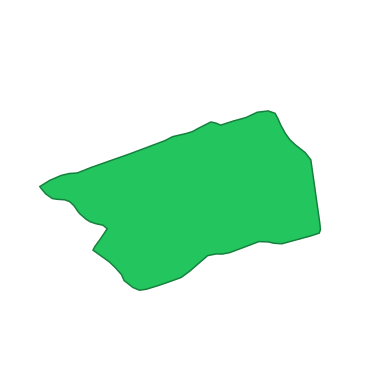 Bayi-Brikolo, Haut-Ogooué, Gabon (Mercator projection), rotated 215°
{"feature_id": "22940354B11019670045233", "entity_name": "Bayi-Brikolo", "entity_type": "district", "adm_level": 2, "iso_a3": "GAB", "parent_name": "Gabon", "parent_adm1": "Haut-Ogooué", "projection": "mercator", "projection_center": [14.109, -0.581], "detail": "fine", "context": "isolated", "style": "filled", "palette": "green", "viewbox_px": 384, "rotation_deg": 215, "n_neighbors": 0, "source": "geoboundaries", "source_scale": "gbopen_adm2", "svg_char_len": 983}
<svg xmlns="http://www.w3.org/2000/svg" viewBox="0 0 384 384"><g transform="rotate(215 192 192)"><path d="M319.8,109.2L317.5,108.3L310.5,106.5L302.7,106.5L298.2,108.7L291.8,112.6L286.8,113.9L280.8,113.1L274.5,110.7L271.2,109.8L263.0,108.9L258.4,109.2L252.5,110.9L246.0,113.7L240.4,113.3L240.1,101.5L240.3,91.7L239.8,87.6L219.3,87.3L211.2,86.0L202.4,83.9L196.8,80.5L185.6,79.9L178.7,81.4L173.7,86.1L166.1,95.8L157.3,108.0L151.8,115.9L148.5,125.7L146.2,134.9L142.7,148.8L136.8,155.0L131.5,158.6L126.3,164.0L108.7,189.8L100.8,194.9L95.5,197.0L88.7,201.1L69.1,224.7L64.2,231.3L65.2,234.9L69.9,240.3L113.1,286.5L121.9,289.2L134.6,289.9L142.0,291.0L149.3,293.6L157.5,297.6L163.7,301.4L169.1,304.1L176.1,302.1L184.3,294.8L190.6,283.8L198.6,274.2L206.9,263.2L211.6,262.3L216.7,260.2L223.1,248.3L226.4,241.6L230.4,236.5L239.6,226.3L243.7,218.5L264.5,188.1L288.7,154.3L296.9,141.8L303.1,136.8L308.7,130.5L315.2,120.0L319.8,109.2Z" fill="#22c55e" stroke="#15803d" stroke-width="1.5"/></g></svg>